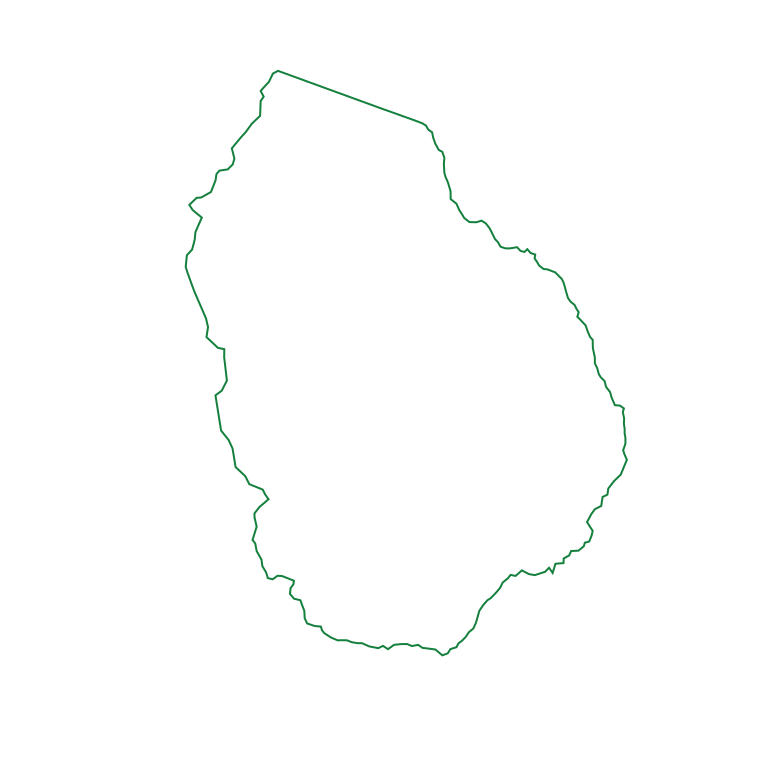 the district of Betânia, Pernambuco, Brazil, rotated 296°
{"feature_id": "56859067B94419093446187", "entity_name": "Betânia", "entity_type": "district", "adm_level": 2, "iso_a3": "BRA", "parent_name": "Brazil", "parent_adm1": "Pernambuco", "projection": "mercator", "projection_center": [-37.996, -8.262], "detail": "fine", "context": "isolated", "style": "outline", "palette": "green", "viewbox_px": 768, "rotation_deg": 296, "n_neighbors": 0, "source": "geoboundaries", "source_scale": "gbopen_adm2", "svg_char_len": 2914}
<svg xmlns="http://www.w3.org/2000/svg" viewBox="0 0 768 768"><g transform="rotate(296 384 384)"><path d="M619.0,151.5L614.4,148.1L605.1,148.1L597.1,145.7L593.3,144.7L589.5,149.9L584.2,149.1L570.7,155.1L560.1,151.1L549.8,149.3L543.8,147.5L529.1,143.9L521.1,150.7L515.2,151.8L508.4,149.5L503.6,142.5L499.1,141.4L493.3,143.3L480.7,144.3L471.4,137.8L469.2,134.0L459.7,130.5L456.5,135.7L453.7,147.3L438.0,147.9L430.4,150.7L420.7,152.6L413.3,150.4L402.4,154.4L398.4,158.1L388.0,168.8L383.9,173.1L364.9,195.3L358.0,200.9L348.3,203.9L343.7,218.9L345.3,225.2L338.0,228.6L318.2,241.3L306.9,241.1L299.9,237.5L270.7,258.0L265.5,269.0L259.6,276.2L244.3,287.0L240.3,299.8L234.9,306.9L235.9,321.3L232.7,325.5L229.8,330.7L218.9,326.0L210.9,324.3L207.5,326.0L199.9,332.1L186.2,334.2L184.2,338.2L178.0,342.8L172.4,350.9L166.9,354.6L163.1,360.5L158.6,364.7L159.7,369.6L164.9,372.3L166.7,376.5L167.7,389.2L164.3,390.4L159.5,389.5L154.0,391.6L151.6,397.4L153.0,403.6L149.2,407.5L145.2,411.8L138.7,415.4L135.1,419.9L136.1,427.8L138.3,433.6L135.5,436.2L133.9,439.5L132.9,447.6L133.3,454.8L135.3,458.5L137.5,463.4L137.7,467.8L139.3,473.4L141.4,477.9L141.7,485.9L144.1,494.7L148.2,497.9L147.4,503.8L154.0,507.4L157.6,513.2L160.4,518.7L160.7,523.9L164.5,529.1L163.7,534.3L165.2,538.5L167.9,546.6L165.7,555.4L169.9,559.4L174.8,559.9L179.2,564.5L183.8,564.7L187.0,566.5L192.4,568.3L198.1,569.1L203.5,571.5L209.9,571.3L215.5,570.3L222.0,569.1L228.8,570.1L234.9,571.7L238.1,573.7L245.3,576.1L251.8,577.7L257.6,577.7L263.8,580.6L267.9,581.4L269.2,586.4L276.9,589.6L276.7,597.6L278.3,603.3L285.8,611.1L291.2,612.9L288.1,618.4L297.6,616.9L301.7,623.8L306.0,622.0L311.1,625.6L315.9,625.4L319.4,631.8L325.8,634.7L329.4,634.1L332.4,637.5L339.0,637.0L343.5,635.9L348.9,627.0L358.0,627.4L363.9,628.4L369.6,632.7L378.3,630.0L382.5,633.3L388.4,631.4L397.6,633.3L406.3,636.5L422.4,635.5L426.2,631.0L429.3,628.0L436.0,627.2L441.3,624.7L445.3,621.8L449.1,620.0L453.5,617.0L458.2,615.0L463.4,611.0L467.2,610.3L468.0,605.5L466.2,600.8L471.8,594.3L475.8,590.8L478.8,584.8L483.3,581.0L485.1,575.8L487.1,572.7L491.7,568.7L495.0,564.5L500.4,561.8L507.8,556.0L515.2,552.2L516.5,548.8L520.1,544.5L525.0,539.6L527.7,532.7L529.2,528.3L533.9,527.5L535.8,524.2L538.6,520.6L539.8,515.5L542.0,511.6L546.8,507.2L550.5,504.0L554.1,500.7L556.3,497.8L559.4,488.9L558.7,480.8L557.3,476.9L558.5,471.4L560.7,468.2L562.9,464.3L566.6,463.2L566.0,458.3L568.0,453.7L564.2,452.3L563.5,448.3L565.3,443.6L562.9,440.3L560.8,437.2L559.1,433.5L558.5,428.6L561.5,424.1L562.9,420.3L568.0,413.7L570.4,410.4L573.0,405.1L573.6,400.1L569.8,396.0L567.0,389.8L568.4,383.3L570.8,379.6L573.2,375.6L577.8,370.1L579.4,362.9L586.5,359.3L593.3,353.0L597.3,348.3L600.4,345.6L608.3,341.2L613.6,339.2L618.2,334.7L618.4,330.6L622.4,324.9L627.1,320.1L631.3,316.9L632.1,312.1L634.7,308.4L635.1,303.8L634.7,299.3L631.3,268.1L630.7,263.2L619.0,151.5Z" fill="none" stroke="#15803d" stroke-width="2"/></g></svg>